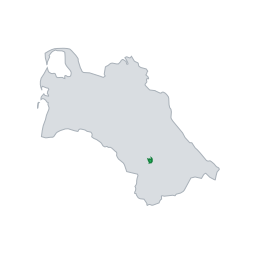 Mary, Mary, Turkmenistan shown in context, rotated 14°
{"feature_id": "10190150B47066979897930", "entity_name": "Mary", "entity_type": "district", "adm_level": 2, "iso_a3": "TKM", "parent_name": "Turkmenistan", "parent_adm1": "Mary", "projection": "equal_earth", "projection_center": [61.762, 37.519], "detail": "fine", "context": "in_parent", "style": "filled", "palette": "green", "viewbox_px": 256, "rotation_deg": 14, "n_neighbors": 0, "source": "geoboundaries", "source_scale": "gbopen_adm2", "svg_char_len": 3912}
<svg xmlns="http://www.w3.org/2000/svg" viewBox="0 0 256 256"><g transform="rotate(14 128 128)"><path d="M77.4,83.8L88.4,84.5L91.8,84.9L93.2,83.3L93.2,82.9L92.7,82.6L91.9,81.5L91.3,74.2L92.3,73.1L93.4,72.3L95.1,70.0L95.9,69.3L97.2,68.8L101.4,68.6L103.2,68.1L104.7,65.5L105.1,64.0L106.2,62.8L106.9,62.8L109.7,63.8L110.3,64.4L111.2,66.3L112.3,66.2L112.5,65.9L112.4,65.4L111.6,64.2L109.8,62.1L108.1,60.7L108.0,60.3L109.5,59.2L112.5,59.6L113.2,59.3L114.0,57.6L117.9,61.5L118.7,61.8L121.8,62.4L122.3,62.9L123.4,65.2L124.4,65.7L125.8,66.2L131.4,66.3L133.1,67.8L133.4,68.1L133.0,69.2L132.9,71.2L132.5,72.1L132.8,72.4L134.7,73.2L135.9,74.6L136.0,75.1L135.7,75.5L134.7,75.3L134.3,75.9L134.3,77.0L134.9,78.0L135.1,78.9L134.1,81.1L134.1,81.9L134.4,82.4L139.5,85.7L140.3,85.8L145.2,85.2L146.1,85.5L150.4,86.3L151.6,86.2L152.4,85.1L153.2,84.7L153.9,84.7L156.0,85.3L158.1,86.7L159.6,88.0L160.3,89.2L162.2,95.5L163.5,98.1L165.1,99.4L166.2,101.9L167.1,107.3L167.7,108.5L170.0,110.6L182.1,119.5L185.7,123.5L191.4,127.3L193.5,126.9L197.9,131.0L200.7,132.5L204.4,135.0L212.0,140.6L213.7,140.8L215.5,140.0L217.1,140.5L220.0,141.9L223.1,144.1L225.7,144.8L226.5,145.8L226.5,146.3L225.1,149.1L225.0,152.5L225.2,157.2L224.5,157.3L219.3,156.0L214.4,153.1L213.3,154.0L212.7,155.0L211.5,159.1L204.9,159.3L201.1,161.3L197.7,174.6L196.9,176.2L194.7,178.4L190.9,180.5L190.4,181.4L190.2,182.2L189.8,182.4L187.7,182.4L179.7,185.4L177.9,185.4L177.2,185.6L176.9,186.1L177.8,188.8L177.1,189.5L176.6,190.9L176.2,193.2L170.9,196.8L169.8,197.2L167.7,196.9L166.6,197.3L165.5,198.4L164.9,198.1L164.7,196.9L164.1,196.2L160.8,193.2L157.0,193.7L155.6,193.5L154.5,193.0L152.7,191.3L151.6,189.7L150.4,189.9L150.1,189.1L150.1,188.3L150.4,187.2L150.3,185.2L149.6,183.7L148.9,183.1L149.7,180.8L149.7,179.1L149.2,177.2L149.0,174.5L149.2,171.8L148.4,170.5L137.3,170.6L133.4,164.5L131.8,163.0L126.3,160.4L124.8,159.0L123.6,157.5L123.3,155.4L122.7,154.2L121.8,154.0L117.5,151.6L115.8,151.0L113.5,151.6L112.1,150.9L110.4,151.8L109.7,151.9L108.0,151.3L105.8,149.1L104.0,148.2L100.2,146.8L97.5,146.4L95.2,145.5L94.9,145.2L94.9,143.4L94.6,142.6L93.9,141.7L93.0,141.0L89.0,141.1L87.1,140.4L85.6,140.3L82.4,140.4L81.3,140.9L80.7,141.5L80.3,143.3L79.9,143.5L76.8,143.6L70.1,143.2L67.3,144.1L62.9,146.9L60.3,149.2L59.6,150.2L58.0,154.4L57.3,155.0L56.5,155.4L55.6,155.5L51.6,157.1L50.0,157.5L46.1,157.3L45.4,151.2L45.2,146.4L45.9,139.7L45.8,135.5L46.7,129.0L46.5,127.4L44.6,124.5L44.4,122.6L43.2,122.5L41.2,120.8L39.3,120.1L38.3,120.1L37.4,120.6L36.7,121.5L36.3,120.0L36.4,118.5L38.1,115.2L39.0,116.2L40.2,116.5L43.2,116.3L42.9,115.2L41.4,114.1L41.2,112.6L41.4,111.1L41.8,109.7L41.4,109.1L40.7,108.7L39.1,108.8L34.9,108.2L34.3,109.9L35.4,112.2L33.6,109.6L32.4,107.0L31.7,104.0L31.7,100.7L33.5,95.4L35.1,89.0L36.6,91.7L37.7,92.9L40.3,93.7L41.6,93.5L43.0,92.8L44.3,93.0L46.2,95.8L47.7,96.1L50.8,95.1L52.2,94.8L53.5,95.3L54.8,95.3L54.3,94.0L54.1,92.7L54.9,92.1L57.2,92.8L59.2,92.0L59.5,91.7L59.8,90.6L59.6,88.4L59.2,87.5L58.1,86.2L53.9,83.1L52.6,81.9L51.4,80.3L49.7,73.9L48.4,69.9L47.8,69.5L45.4,69.1L40.6,70.1L39.0,69.9L38.2,70.3L36.2,72.0L35.3,73.5L33.9,76.8L34.8,77.9L33.8,83.5L34.1,85.9L33.9,86.1L32.6,83.1L30.9,80.1L29.5,75.5L32.4,72.6L34.9,70.5L37.5,68.9L40.3,67.9L46.3,66.2L49.7,65.6L52.4,65.5L54.4,66.5L59.9,70.2L62.2,72.2L62.9,73.0L63.5,75.0L67.4,81.4L68.3,82.3L69.8,84.3L71.4,84.9L77.4,83.8ZM35.7,130.1L35.5,131.0L34.9,128.4L34.6,125.5L35.1,124.7L35.7,124.7L35.1,125.7L35.7,130.1Z" fill="#d9dde1" stroke="#a8b0b8" stroke-width="1"/><path d="M158.4,152.9L157.2,153.1L156.8,153.2L156.1,153.0L156.0,153.4L155.9,153.9L155.3,153.7L155.5,154.0L155.9,154.7L156.5,155.3L156.8,155.6L156.9,155.8L157.1,156.0L157.3,156.4L157.3,156.5L157.8,156.1L158.4,156.2L158.8,156.0L159.0,155.0L159.3,154.8L159.2,154.6L159.3,154.6L159.1,153.3L158.8,152.4L158.3,151.7L158.1,151.6L158.2,151.8L158.4,152.7L158.5,152.8L158.4,152.9Z" fill="#22c55e" stroke="#15803d" stroke-width="1.5"/></g></svg>